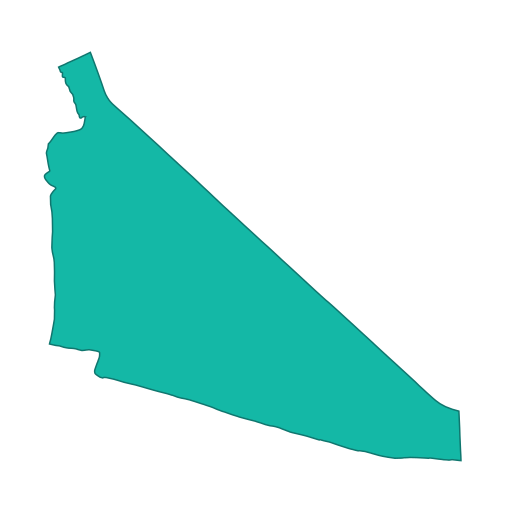 the district of Vadhana, Bangkok Metropolis, Thailand, rotated 183°
{"feature_id": "78962969B23901249409330", "entity_name": "Vadhana", "entity_type": "district", "adm_level": 2, "iso_a3": "THA", "parent_name": "Thailand", "parent_adm1": "Bangkok Metropolis", "projection": "natural_earth1", "projection_center": [100.591, 13.727], "detail": "fine", "context": "isolated", "style": "filled", "palette": "teal", "viewbox_px": 512, "rotation_deg": 183, "n_neighbors": 0, "source": "geoboundaries", "source_scale": "gbopen_adm2", "svg_char_len": 5583}
<svg xmlns="http://www.w3.org/2000/svg" viewBox="0 0 512 512"><g transform="rotate(183 256 256)"><path d="M142.2,67.0L139.4,66.7L136.8,66.5L122.8,63.3L118.7,62.6L115.3,62.2L114.0,62.0L107.6,61.4L106.8,61.3L104.2,61.5L102.1,61.7L101.5,61.7L100.6,61.8L99.5,61.9L97.5,62.3L96.1,62.4L94.1,62.6L92.5,62.8L91.9,62.9L84.9,63.1L74.3,63.1L73.4,63.0L72.3,63.3L72.0,63.3L71.4,63.4L63.6,62.8L59.9,62.6L58.0,62.4L57.0,62.4L54.5,62.4L53.3,62.3L51.8,62.4L50.7,62.7L49.4,62.9L41.5,62.4L40.6,62.4L41.0,67.1L41.6,72.7L43.0,87.3L43.6,94.6L44.9,107.9L45.3,111.7L52.0,113.2L58.8,115.4L64.5,118.1L68.8,120.9L71.6,123.0L78.8,128.8L81.5,131.1L85.8,134.6L86.3,135.0L89.9,138.2L90.7,138.9L108.5,153.6L117.4,160.9L127.7,169.4L138.0,178.0L150.5,188.3L155.4,192.4L162.4,198.1L173.9,207.6L181.1,213.4L184.2,215.7L194.5,224.1L220.1,245.4L229.5,253.1L243.0,264.4L250.3,270.3L251.9,271.6L260.7,278.9L269.7,286.3L278.9,294.0L291.5,304.4L302.0,313.3L306.4,317.1L310.7,320.7L311.9,321.7L316.6,325.7L323.5,331.6L330.1,337.0L338.0,343.5L345.3,349.6L349.0,352.6L355.5,358.1L358.1,360.3L389.4,386.0L393.2,389.0L403.1,396.9L407.4,400.4L409.7,402.6L410.8,403.9L411.3,404.5L411.9,405.4L412.3,405.8L413.1,407.1L414.5,409.3L416.2,412.9L419.1,420.2L423.2,430.1L426.9,438.8L430.5,447.1L432.1,450.7L433.9,449.7L444.6,443.9L454.0,439.1L456.9,437.4L458.9,436.4L461.6,435.1L463.0,434.3L462.5,433.3L461.4,431.2L461.0,430.0L460.9,429.9L460.8,429.7L460.7,429.6L460.4,429.4L460.2,429.3L459.5,429.2L459.4,429.1L459.2,429.1L458.9,428.9L458.8,428.6L458.8,428.0L458.8,425.9L458.8,425.6L458.7,425.3L458.7,425.2L458.5,424.8L458.3,424.6L458.1,424.5L457.8,424.4L457.5,424.4L457.1,424.4L456.9,424.4L456.6,424.3L456.4,424.2L456.1,424.1L455.9,423.9L455.7,423.7L455.7,423.4L455.6,421.5L455.4,420.2L455.3,419.8L455.1,419.2L454.9,418.6L454.8,418.3L454.5,417.9L454.4,417.7L453.8,416.9L453.5,416.6L453.0,416.2L452.2,415.5L452.0,415.4L451.9,415.2L451.8,414.9L451.5,414.4L451.2,413.4L450.8,412.4L450.5,411.5L450.2,410.7L449.4,409.8L448.2,408.5L447.4,407.7L447.1,406.6L446.6,405.5L446.4,404.8L446.2,404.2L446.2,403.7L446.1,402.6L446.1,401.7L446.0,401.1L445.8,400.6L445.6,400.1L444.8,399.1L444.0,398.0L443.9,397.7L443.7,397.2L443.4,395.9L442.8,393.2L442.3,391.3L442.2,391.1L441.6,389.7L441.2,389.1L440.4,388.2L440.2,387.8L440.0,387.5L439.9,387.1L439.7,386.0L439.5,385.5L439.2,385.0L439.2,384.9L438.8,384.7L438.5,384.6L438.4,384.6L438.2,384.6L437.8,384.7L437.6,384.8L437.0,385.4L436.7,385.7L436.4,385.8L436.0,386.0L435.7,386.1L435.4,386.1L435.1,386.2L434.8,386.2L433.7,386.0L433.8,385.9L433.8,385.7L433.8,385.1L434.5,379.4L435.1,377.0L436.2,374.9L436.8,374.1L437.6,373.5L438.2,373.1L438.7,372.8L441.3,371.8L444.0,370.9L447.5,370.1L452.3,369.1L454.6,368.7L455.3,368.6L456.0,368.6L456.8,368.7L457.9,368.8L458.7,368.8L459.6,368.8L459.9,368.8L460.0,368.8L460.3,368.7L460.7,368.5L460.9,368.4L461.0,368.3L461.2,368.1L461.5,367.8L462.8,366.4L464.1,364.5L466.4,360.8L467.9,358.6L469.2,357.1L469.2,356.9L469.5,353.0L469.5,352.9L470.2,350.5L470.4,349.9L470.6,348.8L470.7,347.8L470.4,346.5L469.9,344.5L468.3,337.1L468.2,336.8L468.2,336.7L467.5,334.0L466.4,330.4L466.4,330.1L466.5,329.9L466.7,329.7L468.9,328.1L470.6,326.6L471.0,326.0L471.3,325.4L471.4,325.1L471.4,324.7L471.4,324.3L471.3,323.7L471.1,323.2L470.9,322.7L470.3,321.7L469.6,320.8L467.2,318.2L466.1,317.2L465.5,316.8L464.3,316.0L461.7,315.0L460.5,314.4L460.3,314.3L460.1,314.2L459.9,314.0L459.8,313.8L459.6,313.5L459.5,313.3L459.6,313.0L459.6,312.7L459.8,312.4L460.0,312.1L461.1,310.9L462.1,309.6L463.6,307.3L464.0,306.4L464.4,305.1L464.3,303.8L463.8,297.3L463.8,296.9L462.1,289.4L461.3,282.8L461.2,281.4L460.8,275.4L460.4,269.5L460.5,263.9L460.4,257.9L460.3,253.8L460.1,252.4L459.5,249.2L457.7,242.8L457.1,239.2L456.4,230.2L456.3,228.4L456.0,220.5L455.0,211.7L454.3,206.6L454.7,199.6L454.6,193.9L454.3,191.4L454.1,185.2L454.0,182.3L454.8,175.6L455.8,167.8L456.6,162.3L457.5,158.1L457.6,157.3L451.3,156.2L448.1,156.0L447.7,156.0L443.1,154.8L440.4,154.4L438.4,154.2L435.6,154.2L433.0,154.1L430.6,153.8L429.0,153.3L426.9,152.9L424.9,152.5L424.3,152.6L422.8,152.8L420.9,153.2L418.4,153.6L417.8,153.7L416.9,153.6L412.0,153.0L411.0,152.9L410.1,152.7L409.6,152.6L408.7,152.4L408.3,152.3L407.8,152.1L407.6,151.9L407.3,151.6L407.2,151.3L407.1,151.2L407.1,150.9L407.0,150.1L407.0,148.7L407.0,147.8L407.3,146.0L408.2,143.2L408.4,142.3L409.1,140.4L410.3,136.4L410.7,135.0L411.0,133.8L411.1,133.3L411.1,132.9L411.1,132.2L411.0,131.7L410.8,130.8L410.4,130.1L409.6,129.4L408.9,128.9L407.3,127.9L405.5,126.9L405.4,126.8L402.6,126.2L402.0,126.6L401.7,126.7L401.3,126.8L399.1,126.8L391.4,125.5L385.9,124.2L381.2,123.0L373.0,121.5L369.9,121.0L362.0,119.2L357.4,118.1L350.9,116.6L345.9,115.5L343.8,115.1L337.7,113.9L334.4,113.1L333.5,112.8L333.1,112.7L332.2,112.6L331.5,112.4L327.1,111.0L323.2,110.2L319.3,109.7L316.7,109.2L314.5,108.8L313.1,108.4L309.9,107.6L307.7,107.0L302.5,105.6L300.1,105.0L297.8,104.3L297.0,104.1L294.0,103.3L290.8,102.3L287.7,101.1L285.6,100.4L285.3,100.3L284.2,100.0L283.7,99.8L281.5,99.1L279.3,98.6L274.6,97.2L271.2,96.2L265.7,94.8L264.5,94.4L258.5,93.1L254.2,92.2L248.1,91.0L246.1,90.4L242.8,89.6L238.0,88.2L237.1,88.0L233.1,87.2L230.2,87.0L227.6,86.6L223.7,85.7L220.7,84.6L218.1,83.8L216.1,83.1L213.8,82.4L213.1,82.1L210.4,81.5L208.7,81.2L200.9,79.8L198.4,79.3L197.4,79.1L197.0,79.0L196.4,78.9L185.6,76.2L183.9,75.8L183.6,75.7L183.1,75.6L182.8,75.9L182.7,75.9L182.2,75.9L180.6,75.5L178.8,75.1L176.0,74.6L173.0,74.1L164.4,71.6L158.4,70.0L157.6,69.8L153.1,68.6L151.7,68.3L151.3,68.2L149.4,67.9L146.3,67.2L145.0,67.0L143.9,66.8L142.2,67.0Z" fill="#14b8a6" stroke="#0f766e" stroke-width="1.5"/></g></svg>